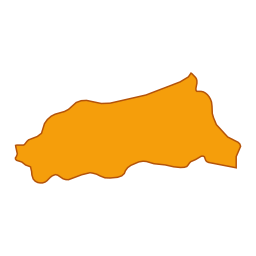 map outline of Jijel (Albers equal-area conic projection)
{"feature_id": "DZA-2165", "entity_name": "Jijel", "entity_type": "Province", "adm_level": 1, "iso_a3": "DZA", "parent_name": "Algeria", "parent_adm1": "", "projection": "albers", "projection_center": [5.919, 36.73], "detail": "fine", "context": "isolated", "style": "filled", "palette": "amber", "viewbox_px": 256, "rotation_deg": 0, "n_neighbors": 0, "source": "natural_earth", "source_scale": "10m", "svg_char_len": 1350}
<svg xmlns="http://www.w3.org/2000/svg" viewBox="0 0 256 256"><path d="M15.6,145.4L16.8,145.1L23.5,145.1L24.5,144.5L27.2,141.1L28.7,139.8L37.3,136.5L41.5,133.3L44.5,123.6L47.4,119.5L51.2,116.2L55.1,114.2L64.5,111.5L68.5,109.4L76.2,102.5L81.2,100.7L86.5,100.4L101.3,103.5L110.0,103.2L146.0,95.0L180.1,81.9L188.4,76.9L191.0,73.1L192.0,73.8L195.6,77.5L196.5,79.1L196.9,80.8L196.9,83.3L195.9,88.3L196.0,90.4L196.8,91.3L201.2,91.4L203.4,91.9L205.5,93.1L207.4,94.7L209.0,96.7L210.4,99.1L211.5,102.0L212.0,106.2L212.3,113.6L213.6,118.0L216.4,124.7L227.7,137.0L238.1,142.3L239.8,144.0L240.6,146.3L236.2,156.6L236.2,167.8L208.4,162.4L206.5,161.4L205.6,160.1L204.4,156.8L203.1,156.1L201.3,156.2L195.5,159.6L190.7,161.7L189.3,163.2L188.1,165.0L186.8,166.5L184.3,167.3L180.5,167.5L173.7,166.8L165.2,164.9L153.9,163.7L146.5,161.5L143.1,161.2L138.8,161.9L130.9,165.3L127.7,167.6L125.4,170.7L124.3,173.5L121.8,175.8L117.6,177.3L110.1,178.0L104.9,177.8L100.0,175.9L96.7,174.2L92.6,173.1L90.0,172.7L81.8,174.7L68.5,179.7L65.8,179.6L63.1,178.8L57.6,175.1L55.3,174.6L52.3,175.8L50.3,177.3L46.9,180.8L45.0,182.1L42.6,182.9L40.0,182.9L37.7,182.5L35.2,181.2L33.2,179.0L31.9,174.9L31.6,171.5L30.5,166.8L25.6,165.0L21.8,162.0L16.5,160.3L15.5,159.1L15.4,157.9L16.3,156.6L17.0,154.9L17.3,153.8L15.8,146.9L15.6,145.4Z" fill="#f59e0b" stroke="#b45309" stroke-width="1.5"/></svg>